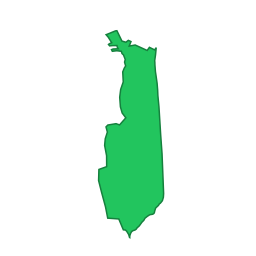 Karakul, Bukhoro, Uzbekistan, rotated 231°
{"feature_id": "79887680B39876155507460", "entity_name": "Karakul", "entity_type": "district", "adm_level": 2, "iso_a3": "UZB", "parent_name": "Uzbekistan", "parent_adm1": "Bukhoro", "projection": "albers", "projection_center": [63.154, 39.851], "detail": "fine", "context": "isolated", "style": "filled", "palette": "green", "viewbox_px": 256, "rotation_deg": 231, "n_neighbors": 0, "source": "geoboundaries", "source_scale": "gbopen_adm2", "svg_char_len": 1330}
<svg xmlns="http://www.w3.org/2000/svg" viewBox="0 0 256 256"><g transform="rotate(231 128 128)"><path d="M70.7,55.5L63.1,63.6L51.8,60.3L50.3,61.8L48.6,62.0L44.8,61.5L41.9,60.3L41.7,60.4L42.4,60.9L43.4,62.0L44.5,63.8L45.0,65.0L45.2,65.9L45.1,67.2L44.3,69.3L44.2,70.6L44.7,72.3L44.8,74.9L45.0,75.8L46.0,79.4L46.3,82.2L47.2,84.4L47.2,87.3L46.9,90.3L45.4,93.0L45.3,94.4L45.7,95.3L46.8,96.7L48.4,99.1L48.7,103.0L49.3,104.6L49.2,105.8L49.6,107.8L49.9,109.0L51.9,111.9L54.6,114.4L86.5,138.2L102.0,149.0L125.0,165.4L134.5,171.7L138.8,174.9L144.5,178.8L151.0,182.7L154.4,184.7L160.2,188.7L162.4,190.4L163.4,191.0L167.6,195.5L167.9,195.8L172.7,200.5L171.9,197.9L177.2,195.4L176.2,191.7L188.0,185.8L190.9,180.5L193.3,184.7L195.9,183.4L196.0,180.3L199.4,178.0L210.6,180.6L211.4,179.3L214.3,169.7L211.1,169.8L204.5,169.0L205.2,166.6L205.2,165.4L203.4,165.4L201.8,167.8L199.0,171.3L197.7,170.6L195.7,170.3L198.8,166.1L199.3,164.5L197.5,164.1L195.1,167.9L191.8,171.1L189.6,170.2L187.7,170.5L183.0,169.0L181.4,166.8L177.7,165.2L176.9,162.8L174.9,159.2L166.8,153.3L162.6,146.6L157.1,140.9L149.2,135.4L143.3,132.9L137.3,132.7L135.7,123.4L138.9,121.4L143.0,114.2L142.7,111.6L137.8,109.4L134.0,103.6L129.2,98.9L119.9,93.9L111.4,87.1L114.1,79.3L105.7,72.1L94.9,67.1L80.9,60.9L70.7,55.5Z" fill="#22c55e" stroke="#15803d" stroke-width="1.5"/></g></svg>